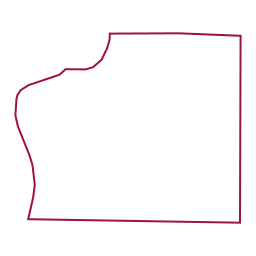 Benzie, Michigan, United States of America (orthographic projection)
{"feature_id": "52423323B60700785062974", "entity_name": "Benzie", "entity_type": "district", "adm_level": 2, "iso_a3": "USA", "parent_name": "United States of America", "parent_adm1": "Michigan", "projection": "orthographic", "projection_center": [-86.137, 44.646], "detail": "fine", "context": "isolated", "style": "outline", "palette": "rose", "viewbox_px": 256, "rotation_deg": 0, "n_neighbors": 0, "source": "geoboundaries", "source_scale": "gbopen_adm2", "svg_char_len": 373}
<svg xmlns="http://www.w3.org/2000/svg" viewBox="0 0 256 256"><path d="M109.8,33.6L109.6,39.5L107.3,47.8L101.6,59.7L93.0,67.2L85.4,69.4L65.6,69.2L59.5,74.7L28.9,85.0L20.8,90.0L17.4,95.1L16.5,98.8L15.4,115.3L17.9,126.4L29.1,154.3L32.4,164.7L34.8,184.6L33.2,197.2L28.2,219.2L240.0,222.7L240.6,35.8L178.8,33.3L109.8,33.6Z" fill="none" stroke="#9f1239" stroke-width="2"/></svg>